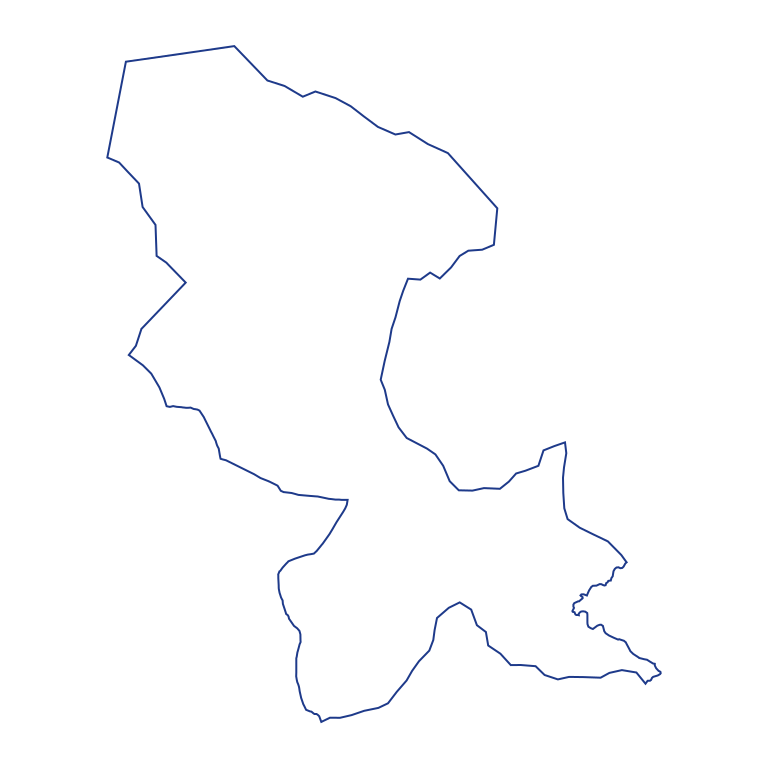 Bahr-Köh, Moyen-Chari, Chad
{"feature_id": "50815135B48101754695472", "entity_name": "Bahr-Köh", "entity_type": "district", "adm_level": 2, "iso_a3": "TCD", "parent_name": "Chad", "parent_adm1": "Moyen-Chari", "projection": "orthographic", "projection_center": [18.409, 9.514], "detail": "fine", "context": "isolated", "style": "outline", "palette": "blue", "viewbox_px": 768, "rotation_deg": 0, "n_neighbors": 0, "source": "geoboundaries", "source_scale": "gbopen_adm2", "svg_char_len": 5363}
<svg xmlns="http://www.w3.org/2000/svg" viewBox="0 0 768 768"><path d="M141.4,329.0L135.9,345.8L132.5,350.2L128.8,355.0L142.9,365.3L151.3,373.7L159.4,387.4L164.2,398.9L166.6,406.2L167.0,406.3L168.8,406.7L169.0,406.7L169.9,406.9L173.1,406.1L176.6,406.8L181.6,407.2L182.5,407.4L184.6,407.6L185.2,407.7L186.1,407.8L187.6,407.8L188.0,407.8L190.6,407.6L192.6,408.5L193.8,409.0L195.4,409.2L197.5,409.6L199.5,410.6L203.8,417.1L205.1,419.8L207.9,425.4L210.1,429.8L211.0,431.7L211.4,432.4L212.3,434.1L213.2,436.0L215.8,441.1L216.1,442.4L216.3,443.0L216.4,443.3L216.9,444.9L217.6,446.5L218.7,448.5L219.8,455.0L220.3,457.7L220.6,458.8L223.7,459.7L223.9,459.7L226.1,460.3L226.5,460.5L229.1,461.8L243.6,469.0L254.1,474.2L260.4,478.0L264.2,479.5L268.5,481.2L268.8,481.4L269.0,481.4L275.9,484.8L277.6,485.7L280.8,490.8L283.0,491.8L283.6,492.1L284.7,492.2L291.6,493.0L295.3,494.0L298.4,494.9L309.8,495.9L311.2,496.0L314.9,496.3L317.7,496.5L321.6,497.3L326.8,498.4L328.6,498.8L331.6,499.1L335.5,499.6L339.1,499.6L341.9,499.9L347.6,499.9L346.8,504.8L345.2,508.4L343.2,511.8L336.5,522.2L332.4,529.3L331.0,531.6L329.5,534.1L322.6,543.8L321.7,544.8L321.0,545.7L317.5,550.0L316.7,550.9L316.7,551.0L315.9,551.7L314.2,553.3L313.9,553.6L310.6,554.2L307.8,554.6L305.0,555.3L295.1,558.6L288.4,561.3L287.4,562.5L286.7,563.1L285.6,564.3L282.8,567.4L282.1,568.3L280.4,570.7L279.5,571.5L279.4,571.5L278.2,574.5L278.3,575.5L278.3,578.0L278.7,585.6L278.7,587.0L278.8,588.9L279.5,592.5L279.7,593.3L280.0,594.1L281.0,597.3L281.6,598.6L282.6,600.4L282.9,603.9L284.5,608.7L285.7,612.4L286.1,613.9L286.3,614.1L286.9,614.5L287.2,614.8L287.9,615.3L288.6,616.7L289.0,618.7L294.0,625.9L297.2,628.3L299.2,630.6L299.4,630.8L299.7,631.8L300.4,634.4L300.5,640.6L300.6,641.9L300.6,642.0L300.1,643.2L299.6,644.3L299.3,645.5L298.8,647.4L297.8,651.1L297.4,652.4L296.7,656.8L296.5,657.5L296.3,658.3L296.3,661.9L296.3,672.6L296.2,675.7L296.2,676.6L296.3,677.0L296.8,680.0L297.3,682.2L298.2,684.3L298.9,686.5L299.2,688.0L299.7,691.4L301.2,698.1L301.6,699.2L302.9,703.0L303.3,704.2L304.1,705.7L306.1,709.8L310.0,711.4L311.2,711.6L311.4,711.7L311.5,711.7L313.4,713.3L314.4,714.0L316.5,714.0L317.6,714.7L319.2,716.2L320.9,720.8L321.3,721.9L330.0,717.7L340.0,717.8L351.6,715.1L364.2,710.8L378.4,707.9L388.0,703.3L396.8,691.8L406.6,680.5L412.1,670.9L419.0,661.2L429.3,650.6L433.3,640.0L434.6,630.1L437.0,618.0L448.8,607.8L459.7,602.4L471.2,609.6L476.9,625.2L485.9,632.0L488.2,645.5L500.4,653.7L510.8,665.1L520.7,665.0L535.6,666.2L544.6,675.0L557.9,679.4L569.1,676.9L583.7,677.1L600.6,677.7L609.4,672.9L621.9,670.1L636.4,672.5L645.5,683.7L647.6,680.8L650.1,680.7L650.9,680.0L651.1,679.9L651.2,679.6L652.0,677.9L653.1,676.9L653.3,676.8L657.7,675.5L660.1,674.1L660.7,673.2L660.4,671.8L659.3,671.2L658.6,670.9L657.4,669.6L656.2,668.3L655.0,665.9L654.8,665.5L654.8,663.8L653.0,663.5L650.8,662.1L650.7,662.1L647.1,659.8L646.9,659.7L646.7,659.7L643.6,659.1L643.3,659.0L639.3,658.0L639.3,657.9L633.3,654.0L630.4,651.2L629.4,649.2L626.3,643.4L625.8,642.3L625.0,641.7L624.0,640.8L619.1,639.2L618.8,639.4L618.1,639.6L614.6,638.1L614.1,637.9L609.0,635.5L606.5,633.8L605.6,633.2L605.1,632.4L604.3,631.3L602.9,625.9L601.0,624.7L599.6,624.8L597.3,625.7L595.3,627.2L592.9,629.0L591.3,628.4L590.8,628.2L588.4,626.7L587.5,624.1L587.4,621.9L587.4,621.7L587.4,617.5L587.4,614.8L587.2,613.0L586.0,612.2L585.4,611.7L583.1,611.3L581.4,611.5L581.2,611.5L579.6,612.6L578.6,614.1L578.8,615.2L578.3,615.1L578.0,615.0L577.8,615.0L577.1,615.0L576.4,615.0L575.8,614.7L575.4,614.4L574.5,612.2L573.5,612.0L572.7,611.8L572.4,611.1L573.6,608.7L574.0,607.9L573.8,607.5L573.4,606.5L573.4,604.6L574.3,603.1L578.2,601.3L579.1,601.3L580.7,599.9L582.6,598.3L582.6,598.0L582.6,597.7L582.6,597.4L582.6,597.2L582.0,596.7L581.2,596.2L580.9,595.9L580.5,595.4L581.1,594.8L581.4,594.4L583.6,594.3L586.9,595.5L587.7,593.5L589.1,590.4L590.7,587.9L591.4,586.8L591.8,586.6L592.8,585.8L594.7,585.7L596.3,585.7L599.7,584.1L601.4,584.2L602.9,585.0L603.0,585.0L603.4,585.2L604.5,585.5L604.7,585.4L605.6,585.2L605.9,584.1L606.0,583.9L606.2,583.1L607.5,582.4L608.3,580.9L610.6,580.5L610.8,580.5L610.9,580.1L611.1,579.3L611.4,578.1L612.7,576.3L613.5,571.2L613.8,570.7L614.8,568.9L616.0,567.9L616.5,567.5L617.7,567.4L618.6,567.3L618.9,567.5L619.0,567.6L620.4,568.2L621.2,568.1L622.3,567.9L622.6,567.6L623.6,566.6L625.3,563.5L626.6,562.3L626.5,562.2L621.3,555.0L607.9,541.4L593.1,534.3L579.7,527.7L567.6,519.1L564.3,508.3L563.3,493.0L563.0,477.8L564.0,467.5L566.3,453.2L565.0,442.4L554.3,446.1L543.5,450.4L538.4,465.8L525.5,470.7L516.1,473.5L508.9,481.6L499.9,488.8L484.0,488.1L472.5,490.6L458.8,490.3L449.7,481.2L443.2,465.8L435.4,454.4L427.0,448.6L417.8,443.8L406.7,438.0L398.6,427.4L393.0,415.5L388.0,404.4L384.8,389.8L380.7,379.7L384.7,360.9L389.4,341.9L391.6,328.9L395.5,317.3L399.7,301.1L403.2,290.8L408.0,278.7L420.4,279.6L430.1,272.6L439.8,278.5L451.1,267.4L459.6,256.0L468.3,250.7L482.2,249.7L493.9,244.8L497.3,208.3L447.9,153.1L427.9,144.1L409.0,132.1L395.4,134.5L377.9,126.9L363.7,116.3L350.8,106.3L335.6,98.1L315.4,91.5L302.8,96.7L284.6,86.0L267.4,80.5L234.3,46.1L187.4,52.9L125.9,61.7L107.3,157.5L117.7,161.9L119.1,162.5L127.6,171.6L139.0,183.6L142.6,207.0L155.5,224.9L155.6,227.4L156.5,252.8L156.6,255.9L165.7,262.2L166.3,262.6L166.5,262.8L168.3,264.7L185.7,282.6L142.1,328.2L141.8,328.5L141.4,328.9L141.4,329.0Z" fill="none" stroke="#1e3a8a" stroke-width="2"/></svg>